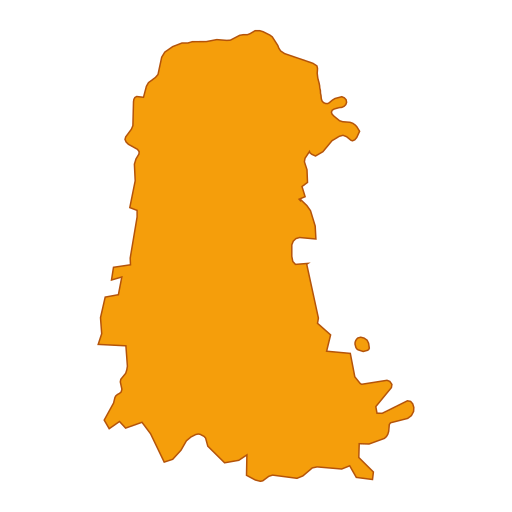 an SVG outline of Palencia
{"feature_id": "ESP-5839", "entity_name": "Palencia", "entity_type": "Autonomous Community", "adm_level": 1, "iso_a3": "ESP", "parent_name": "Spain", "parent_adm1": "", "projection": "natural_earth1", "projection_center": [-4.405, 42.407], "detail": "fine", "context": "isolated", "style": "filled", "palette": "amber", "viewbox_px": 512, "rotation_deg": 0, "n_neighbors": 0, "source": "natural_earth", "source_scale": "10m", "svg_char_len": 2854}
<svg xmlns="http://www.w3.org/2000/svg" viewBox="0 0 512 512"><path d="M359.6,131.3L356.8,137.4L354.8,139.8L352.5,140.8L351.0,140.3L346.6,136.7L343.0,135.3L339.3,136.3L332.0,140.7L322.9,151.7L315.5,156.0L311.8,154.3L309.9,152.8L309.5,151.5L305.0,158.3L304.4,161.8L307.0,169.8L307.5,182.4L302.0,186.5L305.1,196.7L299.1,199.2L300.5,200.8L301.1,200.0L306.9,205.6L310.5,210.7L315.2,226.1L315.9,239.0L299.6,237.5L295.9,238.6L293.3,241.1L291.8,244.8L291.8,256.4L292.8,261.5L295.5,264.4L307.9,263.4L306.7,264.2L318.4,318.1L317.5,323.3L330.6,334.9L326.6,351.2L350.3,353.4L354.8,376.8L360.1,383.4L361.6,384.3L387.0,380.3L389.8,381.4L391.9,384.4L391.4,387.6L375.8,406.6L377.0,413.2L382.2,413.3L407.4,400.8L410.6,401.4L412.7,403.8L413.8,407.4L413.6,411.4L411.4,415.6L407.7,418.4L390.5,422.8L389.3,424.5L388.7,431.3L387.8,434.3L386.4,436.6L384.4,438.4L369.1,444.0L359.2,443.7L358.8,457.5L373.4,472.0L372.5,479.5L356.3,477.4L349.7,465.8L341.7,469.0L317.1,466.9L312.3,467.9L302.9,475.9L297.0,478.3L272.6,475.1L268.8,476.3L262.8,480.8L260.4,481.3L255.3,480.0L246.5,475.3L246.9,454.9L238.8,460.3L224.6,462.8L207.8,446.2L205.6,438.1L204.1,436.4L200.1,434.3L198.2,434.0L195.8,434.5L190.9,437.0L186.4,440.8L181.0,450.2L172.7,459.3L164.2,462.1L150.6,433.8L142.0,422.3L125.6,428.1L119.5,421.5L109.2,428.7L104.2,420.1L113.6,403.0L114.9,397.6L115.7,396.0L117.4,394.5L119.5,393.4L121.2,391.9L121.9,389.2L120.3,381.9L120.8,379.3L125.7,373.3L126.8,369.8L127.4,366.2L125.9,345.8L98.2,344.4L101.7,333.7L100.5,317.7L105.2,297.1L118.4,294.7L121.8,277.0L111.5,280.0L113.5,267.3L130.5,264.8L130.2,258.1L137.1,217.0L137.1,210.4L129.8,207.6L135.2,180.8L134.4,164.2L136.0,158.9L138.9,154.1L139.2,151.7L137.4,149.3L128.4,144.3L126.1,142.0L125.0,139.4L125.7,136.9L131.4,129.2L132.9,125.6L133.5,101.6L133.9,99.3L134.9,97.5L136.7,96.5L143.5,97.3L146.4,86.3L148.5,82.6L155.4,77.5L158.0,74.5L161.7,57.2L164.8,52.1L172.7,46.6L182.0,43.0L187.9,43.0L192.3,41.7L206.3,41.6L216.8,39.6L226.7,40.4L230.3,40.2L239.7,35.3L243.3,34.7L247.4,34.7L250.0,33.7L255.1,30.7L259.8,30.7L263.1,31.7L269.9,35.1L272.3,36.9L277.8,45.5L278.8,48.1L279.1,48.6L280.7,51.0L284.6,53.6L312.9,63.3L316.9,65.9L317.5,68.3L317.4,70.8L317.2,73.2L317.8,78.2L319.1,83.1L319.6,85.6L319.8,88.1L320.4,90.5L320.5,93.2L321.0,95.5L321.2,97.7L321.4,99.0L322.0,100.9L323.5,102.6L325.6,103.5L327.6,103.6L328.9,103.0L332.4,100.1L335.0,98.5L341.8,96.7L344.3,97.8L346.1,99.7L346.6,102.3L345.8,104.6L344.1,106.3L341.8,107.4L339.2,107.6L334.2,109.0L332.2,110.2L331.4,112.2L332.1,114.2L334.0,116.2L339.5,120.7L342.6,121.7L350.0,122.3L352.8,123.3L355.3,125.1L356.8,126.7L359.6,131.3ZM360.7,337.2L364.1,338.1L367.1,340.2L368.6,343.3L369.3,348.1L368.7,349.5L367.6,350.3L363.2,351.5L358.0,349.8L356.8,348.9L355.9,347.5L355.0,344.1L355.1,342.3L355.7,340.6L356.7,339.1L357.8,338.0L360.7,337.2Z" fill="#f59e0b" stroke="#b45309" stroke-width="1.5"/></svg>